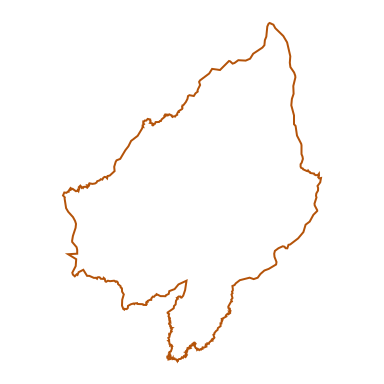 the district of Nong Phok, Roi Et, Thailand
{"feature_id": "78962969B43863364704456", "entity_name": "Nong Phok", "entity_type": "district", "adm_level": 2, "iso_a3": "THA", "parent_name": "Thailand", "parent_adm1": "Roi Et", "projection": "robinson", "projection_center": [104.197, 16.31], "detail": "fine", "context": "isolated", "style": "outline", "palette": "amber", "viewbox_px": 384, "rotation_deg": 0, "n_neighbors": 0, "source": "geoboundaries", "source_scale": "gbopen_adm2", "svg_char_len": 6007}
<svg xmlns="http://www.w3.org/2000/svg" viewBox="0 0 384 384"><path d="M253.7,279.1L257.7,277.7L260.4,274.0L264.4,270.5L268.7,268.9L276.1,264.5L276.5,262.0L274.5,256.9L274.2,253.7L274.9,250.9L278.5,248.2L282.7,246.3L284.5,246.7L285.6,248.2L287.3,248.3L288.5,244.8L290.1,244.5L298.1,238.4L303.4,232.1L305.6,224.7L309.7,221.6L313.4,214.8L317.2,211.0L317.2,210.2L314.7,205.4L314.5,203.6L316.5,197.4L316.0,195.9L316.3,193.5L318.0,190.6L318.1,187.9L317.5,186.0L320.2,182.4L321.0,178.0L319.2,178.4L318.2,177.1L319.0,175.9L318.9,173.8L318.0,175.0L315.8,175.2L314.4,174.5L314.1,173.6L310.3,173.0L310.1,172.2L309.1,171.8L308.1,170.5L307.7,171.2L306.8,171.0L303.1,169.3L302.9,168.6L301.1,167.8L300.6,166.7L300.6,164.2L301.7,162.7L302.9,158.9L302.5,156.6L301.5,154.1L301.5,145.4L301.2,143.8L297.0,135.6L295.6,126.0L294.0,124.2L294.0,115.4L291.3,105.3L291.9,98.9L293.6,93.8L293.3,86.0L295.4,77.4L295.2,75.6L294.1,72.5L290.4,67.1L289.8,62.7L290.3,56.3L287.1,42.4L283.3,36.0L275.3,28.2L273.4,24.7L269.6,23.0L268.6,23.7L267.3,26.5L266.3,36.7L264.9,40.1L264.4,45.2L262.4,47.6L253.2,53.7L250.1,58.7L245.7,60.6L238.3,60.2L234.5,63.0L232.6,63.6L230.1,61.3L229.0,61.0L220.0,70.0L212.1,68.9L209.2,73.5L200.0,80.4L199.1,81.9L200.1,85.0L198.0,89.2L197.5,90.8L197.7,91.6L195.5,93.3L193.8,96.0L189.4,95.2L188.0,96.1L187.5,98.8L185.8,102.1L183.2,105.4L182.5,105.4L182.0,106.9L182.5,108.0L182.1,109.0L178.7,111.1L178.8,112.0L178.1,112.0L177.2,113.5L177.2,114.8L175.4,115.7L175.2,116.5L173.0,116.4L172.5,116.9L171.7,116.2L171.7,115.4L169.2,114.3L168.5,115.2L167.3,115.5L167.1,114.6L165.8,114.5L165.5,115.4L165.0,114.8L164.3,115.8L164.4,117.1L161.6,119.4L160.9,121.0L159.9,121.0L159.0,122.0L155.6,122.1L154.9,123.8L153.6,124.0L153.5,125.0L152.9,125.4L152.4,125.2L152.3,123.4L150.1,122.9L150.6,122.3L150.3,121.6L150.6,121.1L150.4,120.2L149.7,119.9L149.9,119.4L147.7,118.9L146.3,120.5L144.8,120.5L144.3,121.4L143.3,121.4L143.2,123.3L144.0,124.1L142.6,125.3L143.1,126.7L142.6,126.5L142.2,128.3L137.7,135.8L131.1,140.9L128.4,146.3L125.3,150.3L120.2,158.9L116.6,160.3L115.7,161.8L114.2,166.8L114.6,171.1L109.7,175.6L107.6,176.0L107.1,178.3L106.0,177.1L104.6,176.9L103.4,177.7L102.3,179.6L100.8,179.2L99.6,180.4L97.2,181.2L96.6,182.5L95.0,183.5L92.4,183.9L89.4,183.3L88.7,184.6L89.2,185.0L88.9,185.7L87.3,185.4L88.0,186.7L87.2,187.7L85.7,186.7L83.8,186.9L83.0,188.0L81.9,187.0L81.5,187.6L80.3,185.7L78.8,187.2L79.3,188.1L78.5,191.1L77.7,190.0L77.2,191.0L75.9,191.2L72.6,188.8L70.8,189.7L71.1,188.4L70.6,188.0L68.8,190.6L68.6,191.8L67.7,191.7L66.5,192.8L64.3,192.5L63.0,195.5L64.8,197.4L64.6,198.5L66.1,208.2L68.3,211.9L73.0,217.1L75.1,221.0L76.0,223.9L75.6,227.8L72.9,236.0L72.1,240.8L72.2,242.0L76.6,247.2L77.2,249.9L77.2,253.7L68.1,254.2L76.2,259.2L75.7,266.1L72.3,272.7L72.9,274.6L74.8,276.3L76.7,274.3L77.5,274.9L78.6,272.2L83.3,269.8L87.1,275.9L89.4,275.9L93.9,277.9L95.8,277.8L97.0,278.7L97.5,277.4L98.7,277.2L99.6,277.3L100.9,278.8L103.7,278.9L103.8,278.0L104.7,278.7L105.4,281.4L106.1,281.8L107.9,280.7L110.0,281.2L114.1,280.7L115.7,281.8L116.0,281.3L117.0,281.5L117.8,282.4L118.1,284.1L120.6,286.2L120.7,287.5L121.9,288.3L122.1,291.7L123.8,294.4L122.2,299.8L122.0,305.6L123.4,309.1L124.2,309.5L124.3,308.8L126.7,309.1L127.8,308.0L128.0,305.9L130.8,304.3L133.5,303.5L134.3,304.1L134.9,303.4L137.1,303.2L137.2,303.8L137.9,304.0L142.8,304.2L143.3,304.9L146.2,305.0L146.8,304.0L146.1,303.0L146.6,301.8L147.7,301.9L147.9,300.8L149.9,299.9L151.2,299.9L151.3,298.5L152.8,296.6L154.0,296.8L155.3,295.3L156.4,295.0L156.6,294.2L160.5,296.1L165.5,296.2L165.9,295.3L168.7,293.9L169.3,291.1L174.6,289.1L178.5,284.4L186.5,280.7L185.1,290.1L183.2,295.7L181.6,297.6L180.7,297.4L180.3,296.5L178.6,296.5L177.4,297.6L177.7,298.4L177.1,298.3L177.3,298.8L176.0,300.8L175.6,304.5L174.0,306.0L173.7,308.3L167.6,312.5L167.7,313.2L169.1,314.1L168.5,316.4L169.7,317.8L169.8,318.2L169.1,318.2L169.3,320.1L169.9,320.3L169.8,320.9L170.2,321.2L169.7,321.8L170.3,322.7L169.4,322.9L169.0,323.8L170.5,325.4L170.2,326.1L170.9,326.5L170.7,327.6L172.2,327.9L171.2,328.6L171.8,329.7L171.1,330.4L171.0,331.4L171.5,331.7L170.7,332.4L170.1,334.1L169.2,333.9L169.1,334.9L169.7,335.2L169.4,337.0L168.3,337.9L169.1,339.6L169.1,340.8L168.5,340.9L169.2,341.6L169.5,344.0L170.3,344.4L170.2,345.2L170.9,344.7L171.7,345.2L172.3,346.4L171.5,346.9L172.0,348.1L170.9,351.4L169.5,351.9L169.1,352.7L169.7,352.8L169.8,354.1L169.3,354.4L169.8,354.8L169.3,354.9L169.4,355.6L168.7,355.6L168.7,356.2L167.8,356.3L167.7,357.4L167.3,357.2L167.3,357.8L168.3,358.3L168.4,359.5L170.0,359.1L169.9,357.9L170.5,357.3L171.1,357.6L170.6,358.4L171.8,358.7L171.7,358.1L172.2,358.7L172.7,358.0L172.7,359.1L173.4,359.0L173.7,358.3L174.5,358.4L174.7,359.2L176.1,359.4L177.2,361.0L177.4,360.1L178.0,360.4L178.0,359.8L179.0,359.1L180.8,358.9L181.9,357.3L182.9,357.9L183.8,356.2L185.5,357.1L186.8,355.0L186.0,354.6L186.3,353.7L185.7,354.1L186.2,352.7L185.5,352.3L186.1,352.1L186.0,351.1L187.3,350.7L187.4,350.0L186.9,350.1L187.2,349.1L189.9,348.3L188.8,347.7L190.0,347.4L189.6,346.8L189.9,346.0L190.9,346.3L191.0,345.4L192.7,345.4L192.4,344.4L193.3,344.4L193.0,343.5L193.9,342.8L194.2,343.4L194.9,342.9L195.6,343.7L194.8,345.0L195.0,346.7L195.8,348.2L196.7,348.3L197.1,349.9L198.1,349.1L199.2,350.1L200.4,349.2L201.0,349.6L201.8,348.6L202.5,348.8L202.7,347.4L203.9,347.6L206.3,346.6L205.2,345.0L205.7,345.4L205.8,344.4L207.0,344.5L207.3,343.3L208.8,343.8L209.2,342.6L210.7,341.1L212.3,340.7L211.7,339.8L212.4,338.9L213.1,339.2L214.4,337.7L213.4,334.8L214.4,334.0L214.4,333.1L215.9,331.2L217.6,329.8L217.9,328.1L220.6,326.1L220.5,323.4L221.4,323.4L221.8,319.9L222.3,320.4L222.6,319.6L221.9,318.9L226.4,316.4L225.9,315.4L227.4,313.9L228.3,314.3L229.6,313.4L229.0,313.0L229.9,312.5L229.4,311.8L230.0,311.9L230.5,310.9L229.5,309.9L229.9,309.7L229.8,308.6L228.4,307.9L228.3,306.6L230.9,301.9L231.9,301.4L231.2,299.9L232.5,298.0L231.5,294.4L232.5,293.3L232.0,291.6L232.8,290.5L232.8,288.8L232.4,286.0L234.6,285.0L235.7,283.4L239.8,280.2L249.6,277.7L253.7,279.1Z" fill="none" stroke="#b45309" stroke-width="2"/></svg>